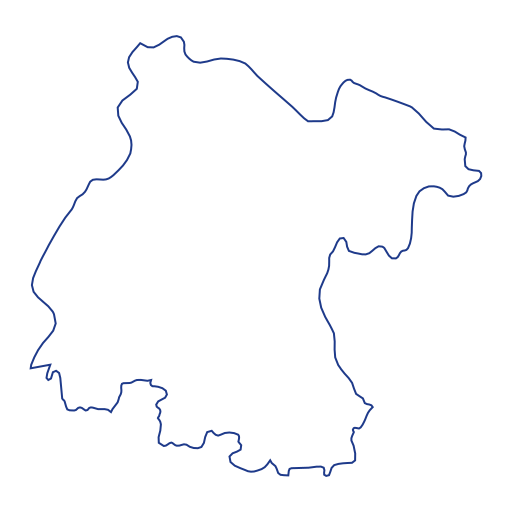 map outline of Guanajuato (Natural Earth projection)
{"feature_id": "MEX-2728", "entity_name": "Guanajuato", "entity_type": "State", "adm_level": 1, "iso_a3": "MEX", "parent_name": "Mexico", "parent_adm1": "", "projection": "natural_earth1", "projection_center": [-100.934, 20.889], "detail": "fine", "context": "isolated", "style": "outline", "palette": "blue", "viewbox_px": 512, "rotation_deg": 0, "n_neighbors": 0, "source": "natural_earth", "source_scale": "10m", "svg_char_len": 5572}
<svg xmlns="http://www.w3.org/2000/svg" viewBox="0 0 512 512"><path d="M465.6,137.5L465.4,140.6L464.7,143.5L464.2,146.2L464.8,149.2L465.9,152.4L465.9,154.4L465.3,156.3L464.7,159.2L465.3,166.1L468.5,169.2L473.4,170.3L479.0,170.9L481.1,173.1L481.3,176.0L480.1,179.0L477.9,181.1L475.5,182.2L473.2,183.2L471.0,184.4L469.2,186.1L467.9,188.4L467.3,190.5L466.2,192.4L463.6,194.1L458.8,195.9L453.3,196.7L448.1,195.6L444.7,191.6L442.4,189.2L439.7,187.7L436.8,186.8L433.8,186.3L428.9,186.4L423.9,188.2L419.5,191.3L416.4,195.9L413.9,203.3L412.6,211.4L412.1,219.7L411.8,227.7L411.7,232.9L411.1,238.3L409.9,243.6L408.0,248.2L406.4,249.9L404.7,250.5L403.0,250.7L401.3,251.5L399.9,253.2L398.9,255.2L397.7,257.1L395.9,258.4L391.9,258.3L388.9,255.6L386.5,251.7L384.3,248.0L383.8,247.6L383.3,247.2L382.7,246.9L382.1,246.6L378.6,246.3L375.3,248.2L372.3,250.8L369.3,253.2L365.7,254.4L362.0,254.3L358.1,253.5L354.3,252.8L348.9,250.9L347.1,246.7L346.3,241.9L343.6,238.0L339.8,238.5L337.1,242.3L335.0,247.3L333.0,251.4L330.2,254.5L329.2,257.9L329.2,261.6L329.1,265.9L328.4,269.6L327.2,273.2L325.5,276.6L323.9,279.9L319.9,289.4L319.3,298.6L321.2,307.7L325.2,316.9L327.5,321.0L329.8,325.0L331.9,329.1L333.9,333.3L334.7,341.5L334.6,349.6L335.2,357.4L338.2,365.0L338.9,366.0L339.6,367.0L340.3,368.0L341.0,369.1L344.6,373.6L348.7,378.1L352.1,382.9L354.0,388.6L356.1,393.9L359.5,396.2L362.9,398.4L364.8,403.1L367.0,404.1L369.3,404.5L371.4,405.3L372.7,407.1L369.7,410.3L368.0,412.8L366.7,415.6L365.2,419.4L364.2,421.6L362.6,424.7L360.7,427.4L359.0,428.5L357.9,428.3L356.4,428.0L354.8,427.8L353.7,428.2L352.9,429.6L353.1,430.8L353.7,431.6L353.8,432.3L353.1,433.8L352.2,435.8L351.4,438.2L351.4,440.5L353.6,445.7L355.2,453.5L355.1,460.4L352.0,462.8L347.5,463.0L343.0,463.3L338.5,463.9L334.2,465.1L331.6,467.9L330.3,471.8L329.0,475.2L326.2,475.9L324.2,474.7L324.1,472.6L324.4,470.2L323.7,467.7L320.9,466.6L316.4,466.7L311.8,467.3L308.6,467.7L305.3,467.8L302.0,467.9L298.7,468.0L295.4,468.1L291.6,468.2L289.6,468.9L288.8,470.9L288.3,475.4L283.9,475.2L280.5,474.8L278.2,473.0L276.6,468.6L275.4,466.1L273.6,464.6L271.7,463.0L270.2,460.3L267.3,464.4L264.7,467.2L261.6,469.1L257.3,470.6L254.1,471.5L251.0,471.7L247.9,471.2L244.8,469.9L240.2,468.1L234.8,465.7L230.5,462.0L229.5,456.5L232.6,453.3L237.0,451.6L240.6,449.6L241.2,445.2L240.5,444.3L239.7,443.4L239.0,442.5L238.4,441.7L238.8,439.8L239.1,437.9L239.0,436.2L238.2,434.7L234.1,433.1L229.4,432.5L224.8,433.0L220.7,434.7L218.1,435.6L215.7,434.8L213.6,433.0L211.7,430.8L207.2,432.1L205.2,437.0L203.9,442.9L201.4,447.0L197.8,448.2L193.7,448.0L189.8,446.8L186.5,444.7L184.0,444.3L181.7,444.9L179.4,445.6L176.8,445.7L175.3,445.2L173.8,444.1L172.4,443.0L171.3,442.6L169.5,443.2L167.8,444.4L165.9,445.6L163.8,446.0L158.8,442.8L158.6,437.2L160.3,430.6L160.9,424.4L160.6,423.1L160.2,421.6L159.5,420.3L158.7,419.3L157.9,418.1L158.2,417.3L158.9,416.5L159.3,415.5L159.6,414.2L160.1,413.0L160.4,411.7L160.2,410.1L159.2,408.5L157.8,407.6L156.7,406.6L156.2,404.6L158.2,401.4L161.7,399.5L165.1,397.7L166.9,394.5L165.8,390.7L162.4,388.2L158.2,386.8L154.8,386.3L152.4,386.2L150.9,385.0L150.3,382.9L151.1,380.0L147.5,380.8L140.8,379.9L136.9,380.0L135.1,380.6L131.4,382.6L129.7,383.0L123.4,383.2L122.0,383.8L121.3,385.5L121.2,387.8L121.4,390.2L121.3,392.2L120.7,394.3L119.1,397.3L118.7,399.1L117.6,402.4L112.5,409.1L111.0,412.1L108.0,409.8L104.5,409.1L98.0,409.1L92.7,407.6L90.9,407.4L89.3,407.9L87.5,410.0L85.7,410.5L84.8,410.0L81.8,407.9L80.0,407.4L78.2,407.9L75.9,410.0L74.1,410.5L69.6,410.3L67.3,409.4L66.1,406.6L64.6,401.3L63.9,400.3L63.0,399.6L62.2,398.5L60.3,378.0L59.1,373.0L56.1,370.8L52.9,372.2L51.0,378.5L48.3,380.0L46.5,377.9L47.3,373.2L50.3,364.7L30.7,368.3L31.2,364.8L34.3,357.3L38.1,350.1L43.0,343.0L48.4,336.9L53.2,330.7L55.7,323.5L54.0,314.3L53.7,313.6L53.4,312.9L53.1,312.3L52.7,311.6L48.3,306.3L43.1,301.8L38.0,297.3L33.6,291.8L31.9,285.1L33.1,278.1L35.9,271.1L38.8,264.9L39.4,263.6L40.0,262.3L40.5,261.0L41.1,259.8L43.0,256.1L45.0,252.4L46.9,248.8L48.8,245.1L54.1,235.7L59.5,226.5L65.3,217.6L71.8,209.3L72.8,207.5L73.7,205.5L74.5,203.4L75.3,201.3L77.1,198.1L79.7,196.1L82.6,194.3L85.0,191.8L86.5,189.4L87.7,186.8L88.9,184.2L90.2,181.7L92.8,179.8L96.4,179.3L100.2,179.5L103.3,179.7L106.0,179.4L108.7,178.5L111.1,177.0L113.5,175.1L118.4,170.4L123.0,165.5L127.0,160.0L130.3,153.5L131.1,149.3L131.5,144.9L131.1,140.5L129.9,136.4L126.2,129.5L121.7,122.8L118.3,115.7L117.7,107.5L122.4,100.5L130.2,94.7L136.8,88.8L137.8,81.8L135.1,77.1L132.0,72.5L129.2,67.8L127.9,62.4L129.1,57.2L132.5,52.0L136.8,47.2L140.2,43.2L147.7,47.2L153.6,47.4L159.2,44.7L166.0,39.9L166.4,39.6L166.9,39.3L167.3,39.0L167.8,38.7L172.2,36.8L176.8,36.1L180.9,37.4L183.9,41.8L184.4,44.9L184.2,48.2L184.4,51.5L185.5,54.5L187.2,56.6L189.2,58.6L191.4,60.4L193.6,61.7L200.2,62.7L207.1,61.5L214.2,59.5L220.9,58.5L226.9,58.8L233.3,59.6L239.6,61.1L245.3,63.5L248.5,66.3L251.5,69.4L254.4,72.7L257.3,75.9L266.0,83.8L274.8,91.6L283.7,99.3L292.5,107.0L296.3,110.7L300.2,114.6L304.1,118.3L308.1,121.3L314.5,121.2L321.5,121.2L327.9,120.1L332.2,116.4L333.6,112.3L334.5,107.3L335.2,102.1L336.1,97.6L337.0,94.7L337.9,91.8L339.0,88.9L340.4,86.3L341.8,84.5L343.5,82.5L345.5,80.8L347.4,79.9L350.1,79.7L351.6,80.6L352.6,81.9L354.0,83.0L356.2,83.8L358.0,84.4L359.9,85.2L362.2,86.6L365.4,88.5L369.0,90.1L372.7,91.6L376.2,93.4L378.3,94.8L380.5,96.0L382.8,96.8L385.1,97.4L391.4,99.5L397.6,101.7L403.8,104.0L410.1,106.4L410.5,106.6L410.9,106.9L411.4,107.1L411.8,107.3L418.8,113.5L426.2,121.9L433.9,128.6L442.1,129.5L449.0,129.3L454.7,131.5L459.9,134.7L465.6,137.5Z" fill="none" stroke="#1e3a8a" stroke-width="2"/></svg>